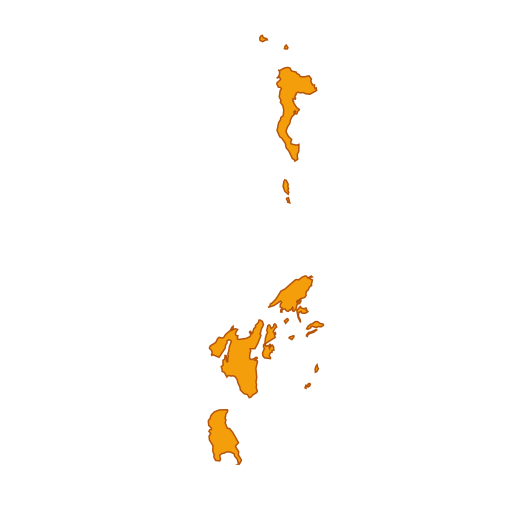 Ionion Nison, Ionioi Nisoi, Greece, rotated 33°
{"feature_id": "26713481B82557054028644", "entity_name": "Ionion Nison", "entity_type": "district", "adm_level": 2, "iso_a3": "GRC", "parent_name": "Greece", "parent_adm1": "Ionioi Nisoi", "projection": "orthographic", "projection_center": [20.46, 38.773], "detail": "fine", "context": "isolated", "style": "filled", "palette": "amber", "viewbox_px": 512, "rotation_deg": 33, "n_neighbors": 0, "source": "geoboundaries", "source_scale": "gbopen_adm2", "svg_char_len": 6131}
<svg xmlns="http://www.w3.org/2000/svg" viewBox="0 0 512 512"><g transform="rotate(33 256 256)"><path d="M297.1,307.4L294.1,307.5L293.4,308.2L294.2,310.5L293.3,314.5L294.4,315.9L293.7,318.2L295.1,322.5L294.7,323.5L293.6,324.0L293.5,322.5L292.1,322.3L292.0,323.4L294.4,324.6L294.9,326.7L292.8,330.3L287.1,335.3L285.4,335.7L284.3,332.8L282.7,333.6L281.2,332.5L280.7,331.3L280.6,327.6L278.1,328.4L276.3,331.2L276.0,328.8L275.1,327.4L274.6,328.9L275.0,332.3L273.2,338.4L273.3,341.7L272.1,343.5L269.4,344.2L268.8,345.8L269.3,350.5L266.6,356.3L266.9,358.2L267.6,359.0L269.6,359.2L271.7,360.6L272.4,363.0L273.2,363.4L273.8,362.2L280.2,361.1L280.3,350.1L279.0,347.2L279.1,344.8L277.9,343.0L279.0,340.9L280.9,340.6L281.8,341.0L283.1,346.8L284.8,350.2L285.8,353.7L287.2,354.9L288.4,358.0L289.9,359.9L289.3,360.6L288.6,360.5L285.5,355.8L284.2,356.2L285.9,359.5L285.1,361.5L287.9,365.7L287.0,367.7L289.6,369.8L290.3,371.2L293.0,370.9L297.5,373.4L297.6,371.8L298.8,370.8L300.5,370.3L302.0,368.9L304.5,368.6L307.5,369.9L309.9,372.2L314.0,374.8L315.9,376.9L321.0,378.0L324.2,376.8L327.5,378.5L328.6,376.9L329.0,374.3L330.9,370.2L330.7,368.5L327.9,366.3L326.5,363.5L324.8,362.0L322.8,357.5L317.1,350.3L314.8,343.8L314.2,343.3L311.8,343.9L312.8,341.4L312.5,340.7L311.9,340.5L310.8,341.4L310.6,342.8L308.5,345.4L306.5,345.5L304.1,341.5L303.3,338.5L301.6,337.0L305.6,334.3L305.1,328.4L303.4,319.8L301.5,319.1L301.7,317.9L300.4,315.0L299.7,309.6L297.1,307.4ZM206.1,77.4L202.3,76.0L198.9,79.5L195.5,81.4L193.7,80.5L190.6,80.6L189.5,79.9L184.9,81.5L182.1,79.9L180.0,80.5L177.3,83.0L175.0,87.4L173.4,87.8L175.1,88.2L176.7,90.6L177.1,93.2L176.7,95.0L177.1,95.0L178.1,93.0L180.5,94.5L179.3,99.4L179.9,100.5L182.8,102.2L184.7,101.3L186.3,101.9L186.2,104.1L188.8,109.9L192.3,112.0L192.6,113.8L196.6,115.3L199.7,118.4L202.4,123.5L201.4,126.2L202.3,128.5L202.4,131.9L205.3,139.3L211.1,143.1L213.4,143.1L219.3,145.6L222.3,148.8L226.4,150.1L233.5,154.5L235.3,154.2L236.9,155.3L238.3,152.1L236.3,149.9L235.2,147.8L234.8,144.8L231.2,139.0L229.5,141.1L224.5,142.8L223.5,142.2L222.4,138.8L218.1,138.1L213.7,135.6L212.9,134.0L212.1,130.5L212.1,126.5L210.8,123.2L210.3,119.8L211.0,116.5L209.2,114.3L209.8,112.9L210.4,113.3L210.9,115.7L212.7,114.8L212.6,113.0L212.0,112.1L212.7,110.2L212.5,109.5L209.4,109.4L204.6,107.3L203.2,105.8L202.6,106.1L201.4,104.0L202.0,103.4L203.5,103.2L203.4,102.2L201.5,101.0L201.7,98.6L201.0,97.7L202.0,95.7L204.0,95.3L206.6,93.2L209.2,92.9L213.1,91.0L216.7,84.1L214.9,82.2L214.2,83.3L213.2,82.7L211.9,80.7L210.5,81.7L207.6,80.2L206.6,79.2L206.1,77.4ZM325.8,416.1L321.2,412.9L319.8,409.5L318.8,409.3L317.9,408.0L317.8,406.7L316.8,405.3L316.9,402.4L316.3,400.7L315.6,400.6L309.1,405.1L306.1,409.2L305.2,412.8L305.2,415.0L306.0,416.8L305.7,419.7L306.1,420.7L308.6,423.8L312.7,424.8L313.0,426.0L311.9,426.8L312.0,428.7L314.7,429.6L314.8,432.8L317.2,435.7L323.4,438.7L325.7,442.7L327.7,444.6L329.1,445.1L329.5,446.7L331.2,448.3L333.6,449.4L337.2,447.6L336.9,445.8L334.1,443.0L334.8,440.5L336.9,438.4L338.0,436.3L341.5,434.3L345.5,433.8L346.8,435.3L351.2,436.7L353.1,438.7L354.8,439.1L354.2,440.4L355.4,439.6L355.1,435.5L354.4,434.8L349.5,432.4L348.2,429.7L342.7,427.0L342.3,426.3L343.0,422.1L332.5,416.6L327.8,415.1L325.8,416.1ZM313.0,245.7L312.9,244.5L314.6,242.9L313.2,242.7L311.6,246.1L309.1,245.5L307.9,246.1L306.0,249.0L304.8,252.7L302.5,253.9L301.6,255.8L298.3,267.8L296.0,272.0L296.2,281.0L295.0,287.1L294.2,288.1L294.9,290.8L294.1,292.5L298.0,287.8L301.2,280.4L302.8,281.0L302.7,283.1L304.0,285.6L306.3,285.5L306.2,287.9L307.2,289.5L308.3,289.0L307.5,287.5L307.4,286.4L308.9,284.6L311.6,285.4L313.2,284.8L313.7,282.8L314.5,282.4L314.6,279.1L315.3,279.3L316.2,281.6L317.2,282.1L318.1,281.4L318.4,278.6L316.7,273.9L318.5,272.2L318.3,269.5L317.4,268.1L317.1,267.9L316.4,269.0L316.8,271.0L316.2,272.3L315.5,272.6L314.9,272.0L315.2,270.3L316.1,269.4L316.6,267.5L319.1,264.7L319.5,263.5L319.5,261.8L318.1,260.0L317.6,258.1L318.2,256.6L317.8,252.6L318.7,250.4L318.0,249.9L316.4,245.4L313.0,245.7ZM311.5,309.9L311.4,306.1L312.0,304.3L309.8,302.7L308.7,302.7L308.3,304.0L309.0,304.9L308.9,306.8L308.1,308.5L305.1,306.5L304.3,306.8L303.9,308.2L305.7,312.8L307.5,313.9L307.5,316.2L308.5,319.4L311.0,324.3L310.8,326.6L312.0,328.3L313.4,328.9L314.4,333.9L316.1,336.0L318.6,336.8L324.0,334.2L323.6,333.4L321.3,332.3L320.8,329.8L321.0,328.8L321.9,327.9L320.9,326.5L322.3,325.3L320.1,322.5L317.6,321.6L318.5,322.6L317.8,323.4L316.2,322.3L315.6,322.7L315.6,323.5L317.7,325.1L317.9,326.2L316.0,324.6L314.7,324.8L313.1,326.3L311.9,325.8L312.0,323.5L316.4,313.9L314.3,311.7L315.0,311.0L314.5,310.1L313.8,309.7L313.7,310.7L312.9,310.9L311.5,309.9ZM349.4,276.6L346.4,277.7L343.3,277.5L341.4,278.8L340.0,282.5L338.9,283.6L337.9,286.5L338.1,289.5L339.2,289.3L340.1,288.2L341.0,286.3L340.6,285.3L341.5,284.3L345.7,283.2L346.6,281.2L349.0,280.1L350.2,277.9L350.1,277.0L349.4,276.6ZM326.1,272.4L325.2,274.0L322.6,274.9L320.6,274.2L319.9,279.4L324.7,284.5L329.6,287.5L327.7,285.3L324.5,283.5L322.8,280.6L323.0,279.4L324.1,277.9L325.0,278.9L326.7,278.4L328.4,277.2L329.6,275.2L329.7,274.2L327.6,274.2L327.6,273.1L326.1,272.4ZM249.3,186.7L248.7,184.6L246.8,183.6L246.8,182.0L244.9,180.4L243.8,178.2L240.2,176.1L238.7,176.4L238.8,178.3L240.9,183.0L244.9,186.0L249.3,186.7ZM143.2,68.9L141.2,67.5L140.2,69.0L140.4,71.2L142.0,73.0L144.9,72.6L146.2,69.9L147.8,68.5L146.5,67.9L143.2,68.9ZM342.8,295.6L342.4,293.6L343.6,291.3L345.7,288.9L347.2,285.0L346.4,285.1L343.6,289.6L341.8,291.4L341.4,294.6L341.8,295.6L342.8,295.6ZM369.7,316.5L368.5,316.0L366.5,313.9L366.3,315.7L367.1,318.5L369.1,321.1L369.9,320.0L369.7,316.5ZM328.3,306.7L331.6,306.6L331.9,303.5L331.4,302.4L330.9,302.4L328.3,305.7L328.3,306.7ZM317.5,296.3L318.1,292.3L317.3,291.5L316.2,291.5L315.2,295.1L317.5,296.3ZM370.8,334.3L370.6,333.7L369.7,334.2L369.4,335.4L370.1,336.6L368.2,337.2L368.9,339.9L370.0,339.8L369.2,338.1L369.9,337.5L370.9,337.6L371.8,336.1L371.5,334.1L370.8,334.3ZM253.2,193.6L255.4,193.1L251.5,189.4L250.2,190.9L250.6,191.7L252.9,192.8L253.2,193.6ZM166.9,66.6L168.9,65.8L169.5,65.1L169.3,63.9L166.5,62.6L166.1,64.2L166.9,66.6Z" fill="#f59e0b" stroke="#b45309" stroke-width="1.5"/></g></svg>